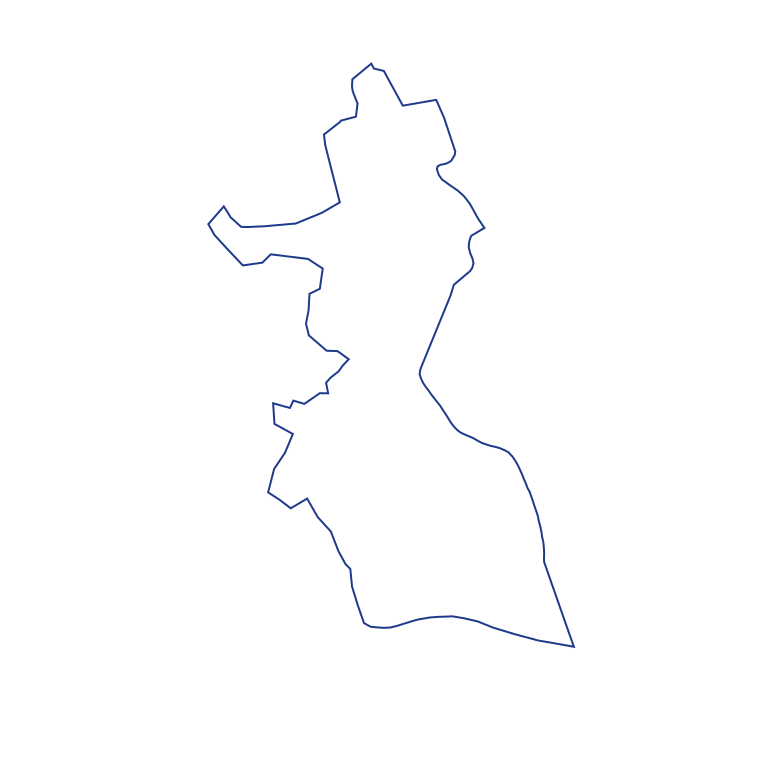 the district of Adh Dhahir, Sa`dah, Yemen, rotated 342°
{"feature_id": "15242507B71517716844752", "entity_name": "Adh Dhahir", "entity_type": "district", "adm_level": 2, "iso_a3": "YEM", "parent_name": "Yemen", "parent_adm1": "Sa`dah", "projection": "albers", "projection_center": [43.291, 16.739], "detail": "fine", "context": "isolated", "style": "outline", "palette": "blue", "viewbox_px": 768, "rotation_deg": 342, "n_neighbors": 0, "source": "geoboundaries", "source_scale": "gbopen_adm2", "svg_char_len": 2452}
<svg xmlns="http://www.w3.org/2000/svg" viewBox="0 0 768 768"><g transform="rotate(342 384 384)"><path d="M483.4,692.6L482.8,669.9L481.3,602.7L482.2,599.5L484.0,594.5L485.4,589.3L486.5,584.4L486.6,583.7L486.9,580.8L487.1,578.6L488.1,572.8L488.6,567.3L488.9,562.2L489.5,557.5L489.5,552.6L489.5,551.9L489.4,546.7L489.4,542.4L489.4,541.7L489.4,540.5L489.3,536.5L489.2,531.7L488.3,527.0L488.3,526.7L488.2,522.4L487.7,518.1L487.4,512.5L486.8,507.6L486.3,503.3L485.3,498.1L483.7,492.6L482.8,490.8L481.4,487.6L478.4,484.4L474.7,481.1L473.3,480.1L470.8,478.4L466.6,476.0L463.0,473.4L462.7,473.2L459.1,470.5L455.8,467.2L452.6,463.5L449.2,460.4L445.3,457.1L442.0,454.0L439.4,450.4L437.2,445.7L435.6,441.2L434.5,436.5L433.3,431.6L432.1,427.4L430.7,422.0L429.0,417.5L427.1,412.5L425.6,408.1L424.3,403.8L422.7,399.4L421.4,394.6L420.9,389.9L420.9,388.7L420.9,386.5L420.9,386.0L421.1,385.3L423.3,381.0L474.7,320.3L478.0,315.6L479.9,312.9L481.1,311.2L501.0,303.1L503.8,300.8L506.4,296.9L506.9,291.9L506.4,286.1L506.9,279.9L508.9,275.2L511.7,271.2L513.1,269.9L527.7,266.6L524.6,255.8L523.2,248.5L521.4,239.2L518.2,230.3L514.0,223.0L508.1,215.3L502.4,207.4L500.7,202.1L500.7,196.0L502.1,193.6L505.2,193.0L510.8,193.6L513.9,193.3L517.0,192.4L521.9,188.2L523.7,184.8L523.6,180.7L523.6,179.5L523.6,179.3L523.4,149.4L521.5,130.2L521.4,129.9L487.9,125.1L480.6,86.2L471.9,80.9L470.9,75.4L448.1,84.4L445.5,91.1L444.7,96.2L445.5,109.1L439.9,121.1L424.5,120.2L423.3,121.1L404.0,128.2L401.9,138.9L398.1,197.6L377.7,202.0L349.6,204.1L328.0,199.1L319.6,197.2L302.9,192.6L296.7,190.4L289.6,178.0L287.8,170.2L286.5,165.6L272.3,174.1L271.6,174.6L270.9,174.9L266.3,177.7L268.9,190.1L277.7,209.3L286.4,227.6L305.8,231.0L316.4,225.7L350.4,241.6L361.4,255.3L352.4,273.6L341.0,275.2L335.1,290.5L328.4,302.7L327.6,314.6L339.7,334.6L350.0,338.4L355.3,345.7L358.1,349.5L350.5,353.7L344.8,357.9L335.1,361.5L329.3,364.9L328.0,375.6L320.1,372.9L302.1,378.3L292.7,371.8L287.1,377.7L272.6,368.1L267.5,388.1L281.9,403.4L268.6,418.8L253.2,430.9L240.3,451.3L248.8,461.7L256.9,473.4L275.5,469.2L279.8,490.1L287.9,507.9L289.0,528.7L291.7,543.3L294.8,549.5L291.0,566.8L290.7,586.9L291.1,605.1L293.8,608.2L296.7,611.0L308.0,615.7L314.9,617.6L322.3,618.1L324.0,618.1L326.5,618.1L339.7,618.3L344.4,618.6L355.3,620.2L362.9,622.0L370.4,624.2L377.3,626.1L387.5,631.4L399.8,638.8L412.2,649.2L431.1,662.4L440.2,668.3L451.4,675.6L464.0,682.2L483.4,692.6Z" fill="none" stroke="#1e3a8a" stroke-width="2"/></g></svg>